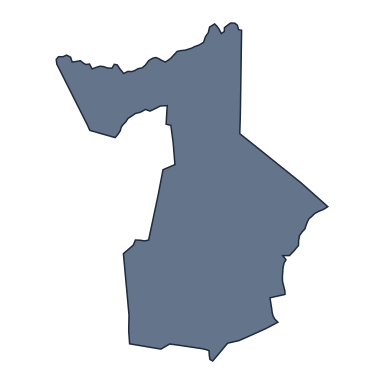 Capim Grosso, Bahia, Brazil
{"feature_id": "56859067B2798558104088", "entity_name": "Capim Grosso", "entity_type": "district", "adm_level": 2, "iso_a3": "BRA", "parent_name": "Brazil", "parent_adm1": "Bahia", "projection": "natural_earth1", "projection_center": [-40.008, -11.3], "detail": "fine", "context": "isolated", "style": "filled", "palette": "slate", "viewbox_px": 384, "rotation_deg": 0, "n_neighbors": 0, "source": "geoboundaries", "source_scale": "gbopen_adm2", "svg_char_len": 1830}
<svg xmlns="http://www.w3.org/2000/svg" viewBox="0 0 384 384"><path d="M56.2,59.5L56.8,64.1L87.6,125.4L89.8,130.4L115.1,137.6L117.6,134.8L120.2,130.9L121.2,127.3L122.9,124.8L125.8,121.9L128.0,118.4L131.2,116.4L135.4,113.5L140.1,112.3L142.8,111.0L145.4,109.4L150.0,111.1L154.4,109.0L157.4,107.5L160.1,106.1L162.9,105.8L167.2,105.7L166.1,124.2L170.8,125.3L173.1,142.0L174.3,156.7L174.9,164.6L163.0,169.7L158.3,194.3L148.6,240.0L144.9,240.9L139.8,240.2L135.4,240.0L133.4,245.0L123.4,253.7L129.0,315.0L128.7,330.9L129.6,343.8L160.9,349.1L169.7,344.0L180.1,345.4L201.5,348.6L205.8,349.5L209.0,350.7L209.3,355.4L209.9,359.4L212.7,361.0L227.6,343.2L239.0,340.6L265.2,328.9L277.9,322.2L274.9,319.3L273.0,315.8L272.1,312.1L271.7,308.7L270.9,303.7L270.0,297.8L285.0,294.4L284.9,291.0L283.7,286.2L282.5,281.3L282.4,277.0L283.0,268.0L284.0,263.1L286.0,259.8L282.8,255.6L285.9,255.6L289.4,255.6L293.7,251.2L296.5,247.8L298.5,245.5L298.6,240.7L299.6,235.4L302.2,231.8L304.9,229.0L306.0,225.5L307.4,221.8L309.1,218.6L311.9,216.3L314.7,213.5L318.9,211.3L323.5,209.4L327.8,206.7L301.0,182.8L268.4,156.6L239.8,133.7L239.9,129.3L240.1,123.6L240.4,111.6L241.6,30.3L238.6,29.7L237.3,25.2L234.9,23.2L230.7,23.0L228.1,24.8L224.4,27.7L224.3,31.5L221.3,33.5L219.1,29.3L216.9,26.2L214.6,23.9L209.6,27.1L208.2,32.9L205.5,36.6L203.6,42.3L199.1,45.0L194.6,46.6L191.5,48.2L188.6,49.1L185.1,50.2L180.8,50.6L177.2,51.4L173.7,55.1L170.7,58.4L167.9,60.4L165.3,62.0L162.3,60.7L158.8,58.7L155.9,57.5L152.7,58.2L148.6,60.7L145.4,65.1L141.9,68.0L138.4,68.5L134.5,70.7L131.8,71.6L127.9,71.4L123.7,73.5L119.9,68.9L117.3,64.9L114.3,64.3L112.0,68.2L107.7,68.0L103.5,66.6L100.0,66.2L96.5,67.3L92.1,68.9L89.5,64.0L85.7,64.5L83.1,62.9L80.4,60.7L76.2,61.5L72.2,62.0L70.6,57.2L66.6,55.1L63.1,56.7L58.5,56.7L56.2,59.5Z" fill="#64748b" stroke="#1e293b" stroke-width="1.5"/></svg>